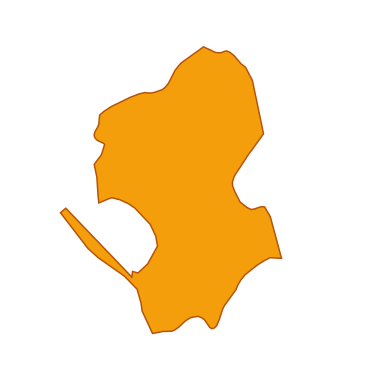 an SVG outline of Saint Andrew, rotated 50°
{"feature_id": "JAM-1382", "entity_name": "Saint Andrew", "entity_type": "Parish", "adm_level": 1, "iso_a3": "JAM", "parent_name": "Jamaica", "parent_adm1": "", "projection": "natural_earth1", "projection_center": [-76.765, 18.048], "detail": "fine", "context": "isolated", "style": "filled", "palette": "amber", "viewbox_px": 384, "rotation_deg": 50, "n_neighbors": 0, "source": "natural_earth", "source_scale": "10m", "svg_char_len": 1390}
<svg xmlns="http://www.w3.org/2000/svg" viewBox="0 0 384 384"><g transform="rotate(50 192 192)"><path d="M140.5,270.4L134.8,266.6L119.4,255.3L108.0,249.2L105.2,237.4L99.3,228.2L97.0,228.8L92.5,231.0L90.4,231.5L88.0,231.5L85.9,230.7L84.4,229.1L83.2,226.9L81.6,222.3L80.7,220.7L79.9,219.6L73.7,213.3L73.6,207.5L74.7,198.6L79.9,177.9L82.9,169.4L85.6,164.0L87.3,162.6L88.9,160.9L90.4,158.9L91.5,156.7L94.4,149.3L94.6,145.4L93.7,140.4L88.0,127.0L86.6,120.6L86.2,116.6L88.2,89.9L100.0,84.4L102.0,82.6L104.1,79.9L105.0,77.2L106.1,74.8L109.5,73.1L114.8,72.1L125.8,72.0L130.8,70.8L145.3,74.0L193.4,99.8L198.7,120.5L199.1,123.1L206.8,148.7L207.9,150.9L210.5,154.8L213.7,157.1L219.4,159.0L230.6,161.6L239.3,159.8L243.5,157.9L245.2,154.9L247.1,149.8L248.4,147.6L250.1,146.0L261.3,147.9L300.4,166.1L292.5,174.4L291.0,180.9L289.9,189.2L289.5,204.5L290.7,210.8L292.7,216.6L295.1,221.1L299.9,240.3L301.4,243.7L307.6,253.7L310.4,259.4L310.4,263.0L309.1,264.9L306.7,265.4L298.1,264.6L294.6,265.4L291.2,267.2L287.4,273.7L286.5,279.6L287.0,289.2L286.6,293.6L285.7,296.9L280.2,303.9L275.0,313.2L251.1,306.7L244.6,302.6L231.3,296.6L213.3,297.8L181.9,306.1L168.5,308.0L123.3,306.1L123.3,299.1L218.5,292.8L214.6,288.6L219.3,285.5L218.6,272.2L211.3,253.3L202.8,248.2L189.9,244.8L167.6,246.1L160.2,248.2L151.6,252.2L144.9,257.1L143.4,260.9L140.5,270.4Z" fill="#f59e0b" stroke="#b45309" stroke-width="1.5"/></g></svg>